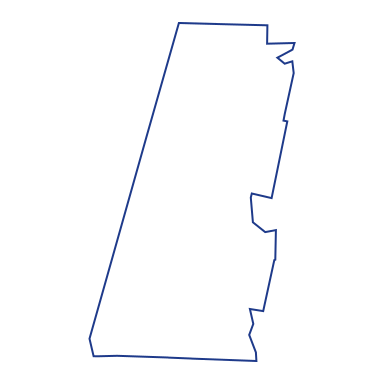 Berkshire, Massachusetts, United States of America (Equal Earth projection)
{"feature_id": "52423323B53838763724441", "entity_name": "Berkshire", "entity_type": "district", "adm_level": 2, "iso_a3": "USA", "parent_name": "United States of America", "parent_adm1": "Massachusetts", "projection": "equal_earth", "projection_center": [-73.138, 42.393], "detail": "fine", "context": "isolated", "style": "outline", "palette": "blue", "viewbox_px": 384, "rotation_deg": 0, "n_neighbors": 0, "source": "geoboundaries", "source_scale": "gbopen_adm2", "svg_char_len": 606}
<svg xmlns="http://www.w3.org/2000/svg" viewBox="0 0 384 384"><path d="M146.8,135.7L135.4,176.1L101.4,296.6L89.5,338.7L93.6,356.2L97.1,356.3L117.1,355.8L167.9,357.5L168.4,357.6L190.5,358.5L191.2,358.5L191.6,358.6L229.3,360.0L256.4,361.0L255.9,352.4L249.2,334.9L253.3,323.9L249.9,309.0L263.2,311.1L274.3,260.1L275.3,259.7L275.9,230.1L265.2,232.1L252.9,222.3L250.8,197.6L251.8,193.5L271.6,198.1L287.3,121.4L283.5,120.6L284.8,113.7L293.7,73.1L292.3,61.3L284.7,63.7L277.4,57.7L292.5,49.6L294.5,43.0L267.1,43.7L267.4,25.3L223.7,24.2L178.9,23.0L146.8,135.7Z" fill="none" stroke="#1e3a8a" stroke-width="2"/></svg>